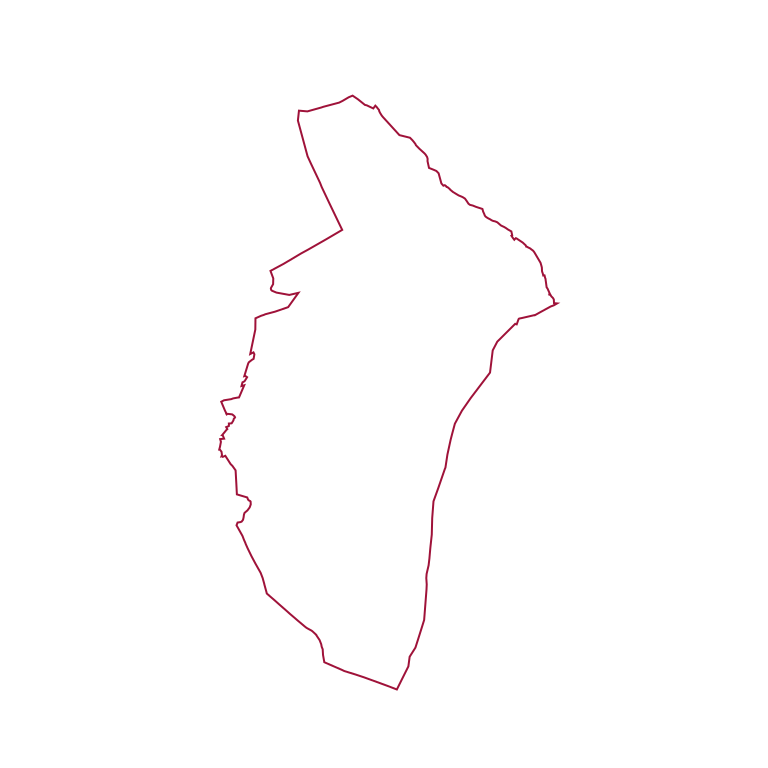 the district of San Miguel Tlacamama, Oaxaca, Mexico, rotated 66°
{"feature_id": "50627088B65842169677183", "entity_name": "San Miguel Tlacamama", "entity_type": "district", "adm_level": 2, "iso_a3": "MEX", "parent_name": "Mexico", "parent_adm1": "Oaxaca", "projection": "natural_earth1", "projection_center": [-98.117, 16.445], "detail": "fine", "context": "isolated", "style": "outline", "palette": "rose", "viewbox_px": 768, "rotation_deg": 66, "n_neighbors": 0, "source": "geoboundaries", "source_scale": "gbopen_adm2", "svg_char_len": 4088}
<svg xmlns="http://www.w3.org/2000/svg" viewBox="0 0 768 768"><g transform="rotate(66 384 384)"><path d="M127.9,281.7L124.3,284.8L122.4,286.4L121.3,287.9L120.3,288.4L113.3,292.0L107.8,295.4L107.7,299.6L108.5,306.6L108.7,310.5L106.1,326.6L105.9,328.8L103.8,343.1L99.7,350.5L108.3,355.5L144.9,361.2L153.0,361.1L174.2,360.6L178.6,360.8L196.0,360.4L220.2,359.7L226.2,359.5L228.3,378.1L230.4,399.0L231.0,406.5L233.4,426.9L234.5,441.7L242.5,442.2L247.7,444.7L250.2,448.1L250.9,448.6L252.2,448.8L253.2,448.4L256.3,445.5L256.8,445.0L264.1,434.3L265.9,425.1L274.8,440.3L273.6,454.1L272.0,464.1L272.0,465.8L271.7,468.4L271.7,474.7L281.9,479.4L302.2,494.0L302.0,490.4L304.1,490.3L308.0,492.9L308.2,494.8L309.2,498.7L310.1,499.8L320.0,508.4L320.1,507.5L322.1,506.3L324.6,510.0L324.9,511.2L324.9,512.6L327.9,515.0L328.3,512.2L337.3,521.9L336.9,523.1L335.8,527.7L335.7,529.7L333.8,536.8L334.0,539.9L343.6,540.1L346.1,540.0L346.6,540.2L347.8,540.1L347.6,539.1L349.9,535.2L350.2,534.9L351.2,534.4L352.4,533.8L353.8,533.6L354.3,534.3L354.5,535.0L354.9,535.6L355.7,536.1L356.1,536.5L357.9,539.1L357.9,539.4L357.0,541.8L358.3,542.3L359.3,542.9L359.2,545.7L361.5,545.5L361.8,546.5L364.9,552.7L365.2,552.2L368.9,552.3L367.7,556.1L370.5,556.5L374.7,559.4L376.9,561.2L377.2,560.6L379.8,560.0L383.0,560.9L384.0,561.9L384.1,561.3L385.0,560.9L385.0,558.2L385.5,558.1L394.8,556.7L397.1,555.8L402.5,554.7L404.9,555.6L414.9,559.4L425.0,563.3L432.0,555.1L434.4,555.2L435.7,554.6L436.6,553.8L437.2,553.7L439.8,554.7L442.1,556.9L443.9,560.1L445.0,563.8L446.4,565.1L448.7,566.5L450.7,568.0L451.8,570.0L451.8,571.2L451.0,574.1L453.1,576.2L465.0,575.1L465.7,575.1L469.3,575.3L472.9,575.3L473.5,575.4L473.8,575.4L478.6,575.4L487.4,575.1L495.8,574.5L506.3,573.5L512.2,573.8L512.7,573.9L518.0,574.7L518.3,574.8L526.8,576.1L527.7,576.3L531.6,574.5L537.8,571.6L542.9,569.3L548.1,566.9L548.9,566.5L555.6,563.5L558.3,562.2L565.5,558.8L565.7,558.7L573.1,555.1L575.2,554.0L576.7,552.9L579.7,550.6L580.7,550.0L585.4,548.0L585.8,547.9L585.9,548.0L591.8,547.0L596.2,547.2L598.7,547.8L601.4,547.9L606.7,549.9L613.9,551.7L628.2,538.6L630.1,537.0L637.7,528.3L643.9,521.5L661.0,503.8L668.3,496.5L661.2,487.9L651.9,476.6L643.6,471.5L637.6,462.5L631.1,456.7L620.8,447.6L615.9,443.3L589.1,428.8L584.5,426.5L578.5,424.3L574.8,422.3L567.8,417.0L561.9,413.5L552.7,408.4L541.0,401.6L526.1,394.5L511.3,386.5L501.2,376.8L486.4,363.0L485.4,361.9L474.3,354.8L461.9,345.7L457.0,341.8L449.1,335.4L440.1,323.7L432.1,310.5L416.7,282.5L397.5,271.0L391.4,263.3L382.4,239.7L382.7,239.5L383.5,238.5L379.8,235.0L379.7,234.9L379.3,234.4L379.2,233.9L379.8,231.3L382.4,217.9L382.5,217.9L382.0,212.5L381.0,200.4L381.0,200.1L381.2,196.9L380.8,193.1L379.3,195.8L375.9,194.5L375.6,194.5L374.0,194.7L372.0,195.5L370.0,195.7L369.8,196.3L369.5,196.1L369.2,196.1L369.0,196.3L368.7,195.8L363.4,195.8L361.8,196.1L356.0,194.4L354.9,194.1L353.7,193.7L352.1,193.6L350.9,193.3L350.0,193.2L349.7,194.4L347.7,194.0L346.2,193.9L345.0,193.7L343.3,193.0L341.7,192.4L339.9,192.1L336.9,191.7L324.7,193.1L323.5,193.4L322.8,193.6L321.7,194.2L320.9,194.7L319.8,195.2L319.3,195.6L318.9,195.9L317.9,196.8L317.0,197.3L316.4,198.2L315.1,198.1L313.2,198.9L311.3,199.7L305.1,203.6L304.4,204.2L305.0,205.9L305.2,206.3L303.2,206.8L300.4,207.3L300.3,206.4L296.4,205.6L293.3,207.9L291.1,209.2L289.4,210.4L287.9,211.7L286.7,212.7L282.4,214.7L281.4,215.6L280.5,216.5L279.5,217.9L278.2,219.1L276.8,220.0L275.7,220.9L274.4,221.9L272.4,223.1L271.1,223.4L269.9,223.3L266.7,223.3L265.0,223.0L264.1,222.9L259.6,227.9L257.1,230.3L255.3,232.6L253.7,233.5L250.6,234.0L247.6,234.6L245.6,235.9L244.5,236.8L242.1,239.1L236.8,242.8L233.6,244.4L232.5,244.7L230.0,245.9L229.4,246.7L228.5,246.8L227.1,247.6L227.0,249.1L224.1,250.0L213.7,248.4L210.7,249.5L208.5,251.5L204.9,255.0L198.1,253.6L196.1,252.6L194.2,252.3L191.4,252.7L189.8,253.2L183.7,255.9L178.9,257.7L177.5,257.7L174.9,258.3L172.8,258.9L169.6,260.1L162.9,268.7L143.3,275.2L139.7,276.4L137.8,276.9L136.3,277.1L134.8,277.3L132.9,277.4L131.7,277.1L129.9,277.6L128.1,278.0L126.2,278.7L127.9,281.7Z" fill="none" stroke="#9f1239" stroke-width="2"/></g></svg>